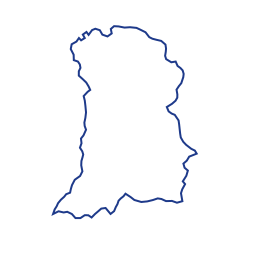 outline of Alambari, São Paulo, Brazil, rotated 282°
{"feature_id": "56859067B9588221424394", "entity_name": "Alambari", "entity_type": "district", "adm_level": 2, "iso_a3": "BRA", "parent_name": "Brazil", "parent_adm1": "São Paulo", "projection": "orthographic", "projection_center": [-47.872, -23.55], "detail": "fine", "context": "isolated", "style": "outline", "palette": "blue", "viewbox_px": 256, "rotation_deg": 282, "n_neighbors": 0, "source": "geoboundaries", "source_scale": "gbopen_adm2", "svg_char_len": 1783}
<svg xmlns="http://www.w3.org/2000/svg" viewBox="0 0 256 256"><g transform="rotate(282 128 128)"><path d="M227.0,109.0L225.5,103.7L225.4,97.7L224.7,93.2L221.3,90.6L217.1,92.4L213.3,88.9L214.0,83.5L217.8,80.1L218.3,75.4L216.3,72.5L210.9,70.1L213.3,67.4L210.0,64.4L207.0,67.0L204.0,63.9L205.8,61.3L201.8,59.6L198.2,55.5L193.3,55.6L188.4,59.6L183.1,60.9L182.6,65.2L180.1,67.7L176.9,69.0L173.3,68.1L169.0,69.0L166.6,73.2L163.8,77.7L160.5,80.8L157.4,83.1L155.0,81.0L150.0,78.0L145.9,80.0L140.9,81.7L134.5,83.7L129.0,84.2L124.2,84.2L121.0,85.2L117.6,87.3L111.5,86.0L107.9,84.2L103.4,85.7L98.7,85.1L95.7,88.1L92.8,89.7L89.7,89.6L86.1,89.3L81.8,90.0L76.1,92.4L71.1,91.1L66.3,86.7L60.5,85.1L56.5,84.8L52.7,84.8L50.4,81.3L47.5,79.9L43.9,77.3L39.9,75.2L36.6,74.5L33.1,73.2L28.3,72.6L32.1,77.4L32.0,82.6L33.4,86.0L32.2,91.0L29.0,95.3L30.0,100.2L33.7,103.8L34.4,107.3L32.9,111.0L37.0,113.6L40.5,116.3L43.6,118.6L45.1,122.7L40.3,128.8L43.8,131.7L48.1,132.5L51.3,133.5L54.9,133.9L57.5,135.5L60.3,137.8L63.2,139.2L61.0,144.9L58.9,149.2L58.4,156.4L60.2,162.1L62.7,167.3L65.3,171.7L65.5,175.5L64.4,180.4L65.8,186.2L65.1,191.4L67.7,196.4L71.2,195.0L75.2,193.4L79.3,193.8L85.0,195.5L87.2,192.7L93.4,195.0L98.8,195.4L100.9,191.6L104.7,189.6L108.3,192.3L112.7,193.8L117.2,200.5L119.8,198.1L120.8,194.2L123.6,188.4L126.0,184.9L129.7,181.6L133.3,180.2L142.1,177.3L145.9,175.9L150.6,171.0L151.2,167.7L152.7,164.3L156.6,161.6L160.8,166.0L164.5,168.8L167.9,169.9L171.1,169.3L175.6,167.5L179.6,169.1L182.9,170.8L189.2,171.5L192.5,171.2L195.7,169.5L197.6,166.8L199.0,163.6L202.9,160.8L201.3,156.7L203.3,151.0L206.3,149.3L210.4,149.1L213.6,148.7L217.4,147.3L220.1,142.4L220.2,137.5L220.4,133.3L221.3,129.9L225.3,125.2L226.7,119.8L227.7,115.5L227.0,109.0Z" fill="none" stroke="#1e3a8a" stroke-width="2"/></g></svg>